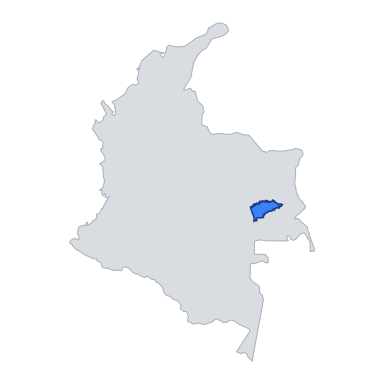 Barranco Mina, Guainía, Colombia (highlighted)
{"feature_id": "7082276B12505915261295", "entity_name": "Barranco Mina", "entity_type": "district", "adm_level": 2, "iso_a3": "COL", "parent_name": "Colombia", "parent_adm1": "Guainía", "projection": "mercator", "projection_center": [-69.213, 3.219], "detail": "fine", "context": "in_parent", "style": "filled", "palette": "blue", "viewbox_px": 384, "rotation_deg": 0, "n_neighbors": 0, "source": "geoboundaries", "source_scale": "gbopen_adm2", "svg_char_len": 8108}
<svg xmlns="http://www.w3.org/2000/svg" viewBox="0 0 384 384"><path d="M224.9,34.8L220.5,36.6L212.0,38.8L206.1,48.5L202.2,50.2L197.3,55.9L193.6,62.9L190.9,77.3L183.6,89.5L184.2,90.0L187.1,89.5L189.8,88.1L190.8,88.5L191.8,90.7L195.1,91.2L197.7,101.0L202.8,106.0L203.3,108.0L204.0,112.0L202.2,114.5L201.6,123.5L203.2,125.7L207.0,126.6L209.5,132.2L211.0,133.5L213.3,134.3L218.8,133.5L228.7,134.4L231.0,134.2L236.6,132.3L243.6,134.7L248.9,135.1L263.0,151.9L264.4,151.4L266.2,152.4L269.8,150.7L272.9,150.4L276.9,151.2L282.2,151.2L293.0,149.5L294.6,148.5L300.5,149.5L302.2,150.8L303.1,153.9L302.4,155.8L300.3,157.8L299.2,160.3L299.0,163.3L297.9,165.6L296.0,167.1L295.3,169.2L295.7,172.0L294.7,184.6L295.5,185.7L296.1,190.9L298.6,197.6L299.8,199.5L301.9,201.1L305.6,206.7L304.8,208.5L295.1,217.2L294.6,219.2L296.5,218.4L299.4,219.2L300.5,221.3L307.7,227.4L307.6,229.7L309.6,234.2L309.3,235.2L314.2,248.2L314.4,250.9L310.2,251.6L310.1,243.0L309.5,241.2L304.8,233.5L303.8,232.9L300.7,233.8L295.5,239.5L293.0,240.3L291.1,239.5L289.1,236.1L287.8,235.5L286.6,238.3L288.2,240.9L265.2,240.8L260.7,239.8L254.5,241.1L254.4,254.2L265.3,254.4L268.3,258.1L268.0,261.2L268.5,262.3L265.9,262.9L262.1,260.8L255.3,263.3L250.4,263.9L250.0,278.3L253.0,281.9L258.8,285.8L259.7,288.4L259.3,290.9L260.7,294.0L262.6,295.7L262.6,297.5L263.5,299.6L252.1,361.0L248.1,357.2L246.6,353.8L244.6,352.4L240.8,353.5L236.6,351.8L250.0,331.0L249.5,329.1L238.4,324.0L237.2,322.7L231.9,320.0L229.0,320.8L227.3,322.2L223.3,322.6L220.0,320.4L216.1,318.9L211.5,322.4L210.1,322.4L206.8,323.9L203.2,324.5L198.6,322.9L194.8,324.0L192.2,323.8L191.2,322.7L187.9,321.4L187.5,320.0L188.5,317.5L187.0,312.4L186.5,311.6L184.0,311.5L181.0,309.6L180.4,308.6L181.0,306.5L180.5,304.7L177.6,300.7L173.6,299.6L169.8,296.3L165.9,295.1L164.1,292.7L162.4,287.2L158.4,283.0L155.6,281.5L154.7,279.6L151.8,279.3L147.9,276.5L146.2,276.4L145.0,277.7L141.4,276.3L138.3,274.3L135.1,273.7L133.0,272.5L129.2,268.6L125.1,266.7L122.7,267.4L121.9,270.3L120.6,270.8L115.9,270.0L115.1,270.7L113.8,270.5L108.1,268.4L102.4,267.6L101.0,262.7L97.3,260.9L96.2,258.6L93.7,258.9L84.0,254.5L80.0,251.4L76.5,249.7L72.9,246.2L72.4,244.8L69.6,242.8L71.0,240.2L74.3,238.3L78.6,239.8L79.2,236.8L77.6,234.1L78.3,228.0L79.5,226.7L81.9,225.5L83.4,225.9L84.3,224.9L87.8,225.4L88.9,225.0L91.6,222.5L92.8,220.6L94.0,220.8L96.9,217.5L96.4,214.2L99.1,213.5L102.0,208.2L103.2,208.0L103.9,205.5L108.9,196.6L107.1,197.7L105.1,197.0L105.4,194.0L104.8,193.7L103.2,196.0L101.8,193.6L102.2,189.9L99.9,190.6L100.0,189.7L103.3,186.8L104.6,180.3L103.6,177.9L102.9,168.1L102.3,166.2L99.6,163.8L103.9,161.0L105.4,158.9L103.5,154.5L101.0,150.8L100.9,148.6L102.4,148.8L103.0,142.7L101.6,140.4L99.8,140.4L94.2,131.3L92.3,129.5L93.7,125.1L95.4,123.2L95.1,119.9L96.2,120.1L98.6,123.1L99.6,122.6L103.3,119.8L103.4,117.1L106.5,114.4L102.2,105.1L100.8,103.7L102.5,100.7L103.5,100.8L105.1,103.8L107.8,105.7L111.7,110.8L113.4,112.0L112.2,113.1L111.9,114.4L112.5,115.0L114.7,115.2L115.6,113.8L115.0,107.5L114.1,104.3L112.0,102.1L112.7,101.2L116.7,99.7L125.0,93.7L127.8,88.0L130.0,86.0L132.5,84.6L135.5,85.0L137.8,84.2L138.5,82.4L137.0,78.5L138.8,73.2L138.7,70.4L139.9,68.8L139.5,68.2L136.4,70.1L139.6,66.3L141.7,60.5L153.8,50.3L161.7,52.7L164.2,52.6L160.9,53.9L160.5,55.3L161.6,56.9L162.8,57.3L163.8,56.3L166.4,50.4L166.8,47.1L168.0,45.9L169.7,45.5L177.4,46.9L184.7,46.4L196.6,37.9L205.6,34.2L207.8,30.7L208.4,28.1L210.0,27.0L211.8,27.0L212.8,25.6L216.9,23.3L221.4,23.0L226.0,25.0L228.2,28.6L228.5,31.0L224.9,34.8ZM88.0,224.3L87.4,224.7L86.4,223.9L86.0,222.9L86.7,222.2L87.5,222.4L88.0,224.3Z" fill="#d9dde1" stroke="#a8b0b8" stroke-width="1"/><path d="M250.4,207.0L251.9,212.0L254.0,217.1L254.0,221.2L254.3,221.0L254.6,220.9L255.0,220.7L255.0,220.8L255.2,220.7L255.5,220.8L255.8,220.8L256.0,220.8L256.1,220.7L256.3,220.6L256.5,220.6L256.8,220.5L256.6,220.3L256.6,220.1L256.4,220.0L256.4,219.8L256.5,219.8L256.5,219.7L256.2,219.5L256.1,219.4L256.0,219.1L256.3,218.9L256.6,218.2L256.9,218.1L257.1,218.1L257.2,217.9L257.5,217.9L258.0,217.8L258.4,217.7L258.6,217.8L259.1,217.8L259.3,217.9L259.6,217.9L259.8,218.0L260.0,218.0L260.1,217.9L260.4,217.8L260.8,217.8L261.2,217.4L261.3,217.4L261.5,217.4L261.9,217.5L261.9,217.4L262.2,217.3L262.5,217.3L263.0,217.5L263.4,217.5L263.4,217.4L263.5,217.3L263.6,217.0L263.5,216.9L263.2,216.7L263.4,216.3L263.5,215.7L263.6,215.3L263.8,215.1L263.4,214.5L263.6,214.5L263.6,214.3L263.8,214.3L264.2,214.5L264.3,214.6L264.6,214.8L264.7,214.7L264.7,214.4L264.8,214.3L264.8,214.2L264.9,213.9L265.1,213.9L265.2,213.6L265.3,213.6L265.6,213.4L266.0,213.1L266.1,212.9L266.2,212.5L266.6,212.4L266.9,212.5L267.3,212.6L267.5,212.5L267.6,212.3L268.1,212.0L268.1,211.9L268.4,211.8L268.7,211.4L268.7,211.2L269.1,210.8L269.4,210.8L269.5,210.8L270.1,211.0L270.3,211.1L270.8,211.3L270.9,211.2L271.1,211.1L271.2,210.9L271.9,211.0L272.1,210.8L272.3,210.6L272.4,210.4L272.5,210.4L272.5,210.2L272.6,210.3L272.7,210.1L272.8,210.0L273.0,210.0L273.0,209.8L273.3,209.7L273.6,209.5L273.6,209.4L273.7,209.5L273.7,209.4L273.8,209.4L274.0,209.3L274.2,209.5L274.3,209.4L274.3,209.5L274.4,209.3L274.5,209.4L274.5,209.2L274.8,209.1L274.8,208.9L274.9,208.7L275.0,208.6L275.2,208.4L275.3,208.4L275.5,208.3L275.4,208.2L275.5,208.1L275.8,208.1L276.0,208.2L276.2,207.9L276.3,207.9L276.6,207.8L276.8,207.9L277.0,207.8L277.0,207.7L277.3,207.6L277.6,207.5L277.8,207.5L277.8,207.4L277.9,207.5L277.9,207.4L278.1,207.4L278.3,207.3L278.4,207.2L278.5,207.3L278.5,207.2L278.9,206.9L279.0,207.0L279.0,206.9L279.1,206.7L279.3,206.7L279.4,206.8L279.4,206.7L279.5,206.8L279.5,206.7L279.5,206.8L279.7,206.7L279.8,206.6L280.0,206.5L280.1,206.3L280.3,206.3L280.5,206.1L280.9,206.0L281.1,206.0L281.3,206.0L281.3,205.9L281.4,206.1L281.5,206.0L281.5,205.8L281.7,205.6L281.7,205.4L281.8,205.3L281.7,205.3L281.7,205.2L281.9,205.0L282.0,204.7L281.9,204.7L281.8,204.4L281.6,204.4L281.6,204.2L281.4,204.2L281.0,204.1L280.9,204.2L280.7,204.0L280.3,204.2L280.1,204.1L279.9,204.2L279.8,204.3L279.7,204.2L279.6,204.3L279.3,204.3L279.0,204.1L278.9,204.2L278.5,204.1L278.3,204.2L278.2,204.2L277.9,204.1L277.7,203.9L276.6,202.8L276.2,202.6L275.7,202.5L275.4,202.2L275.4,202.3L274.8,202.5L274.8,202.4L274.8,202.1L274.8,201.7L274.5,200.9L274.3,200.8L274.1,200.8L273.9,200.9L273.6,201.2L273.4,201.3L273.1,201.2L273.0,200.9L273.1,200.3L273.0,200.1L272.9,200.1L272.7,200.1L272.7,200.3L272.9,200.9L272.9,201.1L272.8,201.3L272.5,201.3L272.1,201.1L271.7,201.1L271.4,201.3L270.6,202.1L270.4,202.2L270.2,201.9L269.9,201.9L269.8,202.2L269.7,202.2L269.3,201.5L269.3,201.4L269.2,201.4L269.0,201.5L268.8,201.8L268.5,202.1L268.2,202.3L267.8,202.3L267.8,202.1L268.1,201.9L268.2,201.7L268.0,201.4L267.8,201.6L267.6,201.5L267.5,201.4L267.6,201.0L267.6,200.9L267.4,200.9L267.3,201.0L267.2,201.4L266.9,201.5L266.7,201.3L266.8,200.9L266.6,200.6L266.3,200.5L265.9,200.4L265.8,200.5L265.9,200.8L266.1,201.0L266.2,201.3L265.9,201.9L265.7,202.0L265.4,201.9L265.5,201.6L265.8,201.0L265.7,200.7L265.3,200.7L265.1,201.0L264.7,201.2L264.2,201.6L263.9,201.3L263.8,201.2L263.6,201.3L263.5,201.6L263.4,201.7L263.1,201.6L262.8,200.9L262.6,200.8L262.4,200.7L262.0,201.0L261.8,201.4L261.8,201.8L261.7,201.9L261.6,201.5L261.4,201.4L260.8,201.4L259.9,201.3L259.7,201.3L259.6,201.5L260.0,201.4L260.1,201.5L259.9,201.8L259.9,202.2L260.0,202.4L260.0,202.7L259.7,203.6L259.5,203.2L259.3,203.0L259.1,203.1L259.1,203.5L258.9,203.6L258.7,203.5L258.4,203.3L258.2,203.2L258.0,203.3L257.9,203.8L257.7,204.1L257.5,203.7L257.3,203.4L256.9,203.1L256.7,203.1L256.6,203.4L257.1,203.6L257.2,203.8L257.2,204.0L256.8,204.1L256.4,203.8L255.9,203.7L255.8,203.8L255.7,204.0L255.8,204.4L255.7,204.6L255.5,204.8L255.4,204.8L255.2,204.6L255.2,204.2L255.1,203.9L254.8,203.8L254.6,204.1L254.6,204.3L254.8,204.8L255.2,205.2L255.2,205.3L254.5,205.2L254.3,204.9L254.0,204.2L253.9,204.2L253.7,204.2L253.5,204.3L253.5,204.5L254.0,205.0L254.2,205.4L254.0,205.7L254.1,206.1L253.9,206.4L253.4,206.5L253.2,206.0L252.5,205.8L252.4,205.8L252.2,205.9L252.2,206.1L252.7,206.7L252.7,206.9L252.6,207.1L252.1,207.2L251.4,207.5L251.1,207.4L251.2,206.8L250.9,206.6L250.7,206.7L250.4,207.0Z" fill="#3b82f6" stroke="#1e3a8a" stroke-width="1.5"/></svg>